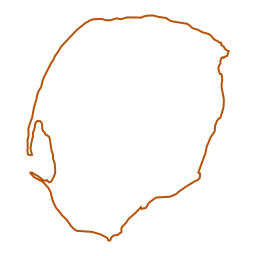 Emau, Vanuatu (Natural Earth projection)
{"feature_id": "77236927B40148322010729", "entity_name": "Emau", "entity_type": "district", "adm_level": 2, "iso_a3": "VUT", "parent_name": "Vanuatu", "parent_adm1": "", "projection": "natural_earth1", "projection_center": [168.487, -17.482], "detail": "fine", "context": "isolated", "style": "outline", "palette": "amber", "viewbox_px": 256, "rotation_deg": 0, "n_neighbors": 0, "source": "geoboundaries", "source_scale": "gbopen_adm2", "svg_char_len": 2396}
<svg xmlns="http://www.w3.org/2000/svg" viewBox="0 0 256 256"><path d="M154.2,198.9L154.6,198.5L156.4,197.6L157.9,197.3L161.8,197.2L170.0,196.7L175.3,194.5L176.9,193.5L178.6,191.8L186.0,186.6L195.1,181.1L197.4,180.2L199.5,178.3L200.0,176.1L199.9,173.3L199.1,173.3L198.3,172.7L201.9,162.7L205.4,153.3L206.7,146.7L210.6,137.4L212.6,134.2L213.5,133.5L214.7,131.1L215.0,126.2L216.9,121.0L218.5,118.8L219.7,118.4L220.7,116.9L223.4,107.8L223.9,100.7L223.4,96.4L221.8,88.6L221.5,84.6L222.2,80.4L222.1,77.1L221.3,74.0L220.3,74.1L219.7,73.4L218.4,68.8L218.7,66.2L220.1,64.0L220.5,63.4L220.5,62.7L220.4,60.5L221.5,58.1L222.7,57.2L223.7,57.9L224.9,56.6L226.8,56.2L227.3,55.6L228.6,51.2L228.2,51.2L224.7,48.7L223.6,46.4L221.4,45.1L221.3,43.0L221.0,42.7L219.1,42.4L217.9,41.3L214.3,39.5L210.8,35.4L208.6,34.0L202.3,32.2L197.7,29.7L192.6,28.2L189.0,24.9L187.1,23.8L172.4,21.4L170.0,20.6L166.0,18.0L158.7,16.9L152.6,15.4L146.4,15.8L143.2,16.6L141.4,17.6L137.5,17.5L127.1,17.4L127.1,17.6L125.5,17.8L121.4,19.1L120.0,19.1L117.9,18.5L115.7,18.5L110.8,20.2L108.0,20.3L105.3,20.0L101.5,18.9L93.3,19.3L89.2,20.7L88.4,21.5L85.4,22.9L82.3,25.6L77.1,29.6L70.5,36.7L60.9,46.8L59.4,49.6L56.6,53.9L55.2,55.6L53.8,58.9L52.6,61.2L51.1,63.1L43.9,77.3L42.6,80.9L41.1,87.0L38.5,91.4L37.2,94.9L36.5,98.9L33.9,107.9L32.1,117.9L31.0,120.4L28.3,128.7L28.6,135.3L27.5,140.5L27.8,147.6L27.4,150.0L27.8,154.3L30.1,155.2L32.0,154.9L30.5,148.8L31.4,142.6L32.9,136.5L33.0,132.7L34.6,128.2L35.4,123.2L35.7,122.5L37.6,120.9L40.2,121.2L41.3,122.2L42.1,124.4L42.2,128.6L43.0,130.9L44.6,132.5L45.3,134.4L46.9,135.2L49.0,136.7L49.2,137.3L49.7,138.5L50.8,145.5L51.6,151.0L53.1,154.8L52.9,158.2L54.7,163.4L55.1,167.7L55.2,173.2L53.5,177.4L51.7,180.8L50.6,182.0L48.9,182.3L47.5,180.7L46.9,180.0L46.3,180.6L46.1,180.8L43.5,180.4L38.0,176.1L37.7,175.9L37.4,175.7L36.2,175.3L33.6,173.5L31.7,172.6L30.4,172.6L30.4,173.2L34.3,177.4L42.6,181.6L48.2,187.7L50.6,192.1L52.2,198.9L53.9,203.7L56.2,208.0L60.2,212.7L62.5,215.8L66.7,219.8L70.1,224.5L70.4,225.4L74.5,229.5L76.7,230.8L87.6,231.6L92.1,231.9L100.6,234.4L106.4,237.4L107.5,238.4L108.3,240.3L108.7,240.6L109.7,240.6L110.5,239.9L111.2,237.6L113.6,235.5L117.6,234.9L121.5,232.1L121.3,228.6L122.1,226.9L126.0,222.8L128.7,218.7L135.2,213.2L139.3,208.9L140.9,207.1L141.6,209.0L143.9,208.2L145.4,208.2L145.9,207.9L148.4,203.5L149.5,202.2L154.2,198.9Z" fill="none" stroke="#b45309" stroke-width="2"/></svg>